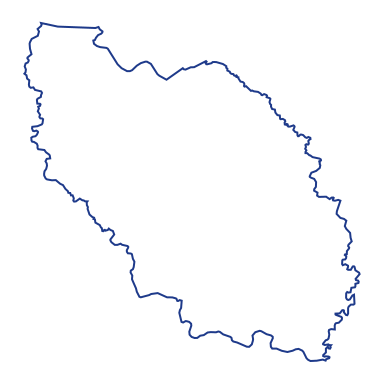 Macate, Manica, Mozambique
{"feature_id": "85939544B829507062217", "entity_name": "Macate", "entity_type": "district", "adm_level": 2, "iso_a3": "MOZ", "parent_name": "Mozambique", "parent_adm1": "Manica", "projection": "mercator", "projection_center": [33.549, -19.369], "detail": "fine", "context": "isolated", "style": "outline", "palette": "blue", "viewbox_px": 384, "rotation_deg": 0, "n_neighbors": 0, "source": "geoboundaries", "source_scale": "gbopen_adm2", "svg_char_len": 5889}
<svg xmlns="http://www.w3.org/2000/svg" viewBox="0 0 384 384"><path d="M331.0,345.2L329.2,345.1L328.4,344.4L324.8,345.0L323.1,344.3L323.1,343.6L325.7,340.3L327.4,339.7L328.5,338.6L329.3,334.7L328.7,331.2L329.1,329.9L331.2,329.1L334.8,329.5L334.7,325.5L335.3,323.8L336.0,323.2L338.8,322.7L341.8,319.7L342.0,317.9L341.4,316.9L336.0,314.9L335.5,314.5L335.5,313.6L339.7,313.4L342.3,310.2L343.6,310.2L344.0,310.8L343.9,312.3L346.1,315.0L347.3,315.2L348.1,313.6L348.1,308.1L348.7,306.6L350.9,304.6L353.6,304.6L354.5,303.8L354.0,294.7L352.4,295.5L349.9,299.4L348.2,300.0L346.9,299.3L346.1,297.8L346.2,293.3L347.2,292.0L348.5,292.6L350.5,292.3L351.4,287.8L354.9,287.3L355.4,286.4L355.4,283.8L358.4,283.0L358.7,281.7L358.1,280.6L356.0,280.1L355.6,278.9L359.6,274.1L359.1,272.7L355.4,270.3L354.5,266.8L353.9,266.3L352.7,266.5L350.8,269.8L348.1,269.8L347.2,269.2L348.1,266.8L348.0,265.7L345.3,264.2L342.8,265.2L342.1,264.1L342.3,260.3L342.8,259.7L345.2,259.4L346.1,258.1L346.3,256.3L344.8,255.0L345.1,254.4L346.8,254.1L346.9,251.1L349.0,248.5L349.2,247.6L348.1,246.0L348.5,244.7L351.7,241.4L350.6,237.8L350.1,232.9L346.3,228.9L344.8,226.1L346.3,220.7L344.0,218.9L340.4,217.9L336.6,213.9L336.9,211.2L340.4,200.7L338.2,199.9L335.0,200.7L333.1,200.4L332.8,199.6L333.7,197.9L333.2,197.5L331.6,197.6L329.6,199.1L326.1,196.7L319.0,196.9L317.1,195.6L317.5,192.6L314.1,190.7L314.2,189.2L315.9,186.9L316.1,182.1L314.2,178.9L311.0,177.7L309.8,176.9L309.7,176.3L311.4,172.7L316.2,170.9L319.8,167.9L320.3,165.2L319.6,163.9L319.9,163.0L319.2,161.7L319.3,161.2L320.5,160.9L321.0,160.3L320.8,159.4L319.5,158.6L312.5,157.1L310.3,155.4L309.4,155.3L307.2,153.2L305.5,153.1L305.5,151.9L306.4,150.3L305.2,148.8L306.0,147.0L305.4,145.0L306.3,144.2L308.1,144.6L308.5,144.3L308.8,143.4L308.3,141.0L309.2,139.8L310.5,139.1L310.3,137.8L308.3,137.0L306.8,137.9L305.3,137.3L303.2,135.1L301.5,134.6L300.4,134.6L298.7,136.2L298.0,136.2L297.5,135.4L297.3,132.5L295.2,132.0L293.3,129.9L294.6,126.8L294.3,126.0L293.5,125.4L289.9,126.6L288.3,126.6L287.3,125.5L287.8,125.1L287.6,124.3L286.7,123.9L285.4,124.7L284.8,124.5L284.6,122.6L285.3,121.2L284.9,120.1L282.8,118.9L280.7,119.2L280.1,118.8L279.8,115.5L277.4,115.1L275.4,112.6L274.9,109.6L272.1,109.0L271.0,106.6L271.1,104.9L270.1,103.9L269.5,102.1L270.4,98.9L269.8,98.2L266.6,97.2L267.0,95.7L266.5,95.0L264.1,94.1L262.2,95.2L261.5,95.0L260.7,93.6L258.1,91.9L253.8,91.3L252.1,90.5L251.0,90.9L246.1,86.2L244.5,86.6L244.0,86.0L244.4,84.1L243.9,82.9L242.7,82.0L240.5,81.6L238.4,78.3L238.4,77.3L236.6,77.0L236.9,76.0L236.5,75.4L235.2,75.9L234.0,75.4L233.4,74.1L231.3,73.8L230.2,72.9L229.8,71.7L227.3,70.5L227.4,68.7L226.2,67.7L226.3,66.2L222.9,64.0L216.3,62.1L214.1,62.0L212.6,62.1L211.5,63.2L207.1,64.3L206.3,64.2L205.6,63.1L206.6,61.7L206.0,61.1L194.1,67.2L190.7,67.3L185.5,69.6L183.6,69.2L182.8,68.2L166.5,79.7L159.3,75.7L157.4,74.1L150.9,63.9L147.0,61.7L145.2,61.7L140.9,63.1L136.8,65.7L132.1,70.2L130.0,71.1L127.0,71.1L121.6,68.2L117.6,64.3L107.8,48.7L106.5,47.9L100.1,47.1L96.9,46.0L94.0,43.8L93.3,40.5L94.9,40.0L96.0,37.7L98.1,35.1L101.2,33.7L102.3,32.5L102.5,31.4L99.8,29.4L98.5,27.0L95.4,28.0L57.8,26.6L41.0,23.0L41.6,24.6L41.1,26.0L37.6,29.0L39.0,31.5L37.8,35.8L31.7,38.9L30.0,42.2L29.6,43.7L30.0,48.8L31.5,54.2L27.5,57.5L27.4,58.4L28.6,60.0L28.7,60.8L27.8,62.5L25.6,63.5L24.7,66.4L25.9,69.5L25.5,72.3L24.4,73.7L26.5,75.3L27.1,78.6L29.3,80.3L28.9,84.6L29.3,86.6L30.7,87.8L33.4,87.4L35.0,89.9L41.2,91.4L42.0,92.9L41.0,95.2L40.9,96.9L37.5,98.8L36.9,99.9L37.3,103.6L40.0,103.8L40.5,104.3L40.1,105.8L38.2,106.7L38.9,108.5L37.8,111.3L40.1,114.8L39.4,116.6L39.5,117.3L40.4,118.4L42.3,118.5L43.1,119.2L42.5,123.3L41.8,124.4L37.5,126.2L32.3,126.8L32.0,128.4L33.0,130.9L34.2,131.2L36.4,130.6L37.9,131.6L38.0,132.3L36.9,134.7L35.5,136.2L32.6,136.8L31.3,137.7L31.5,140.5L32.2,141.7L33.9,141.9L36.8,143.7L37.6,145.6L37.5,147.9L38.2,149.2L44.4,150.0L46.0,152.3L49.3,154.7L49.8,155.7L50.2,158.4L46.7,158.9L45.5,161.3L46.7,163.4L47.0,165.7L46.2,168.9L44.5,171.3L44.1,173.9L44.2,175.6L45.7,178.5L47.0,179.4L52.0,180.3L55.8,180.1L60.2,183.8L63.0,185.1L65.4,188.9L67.9,191.2L68.3,192.8L70.2,193.0L71.0,195.4L72.6,195.3L73.8,198.3L73.3,200.6L74.1,201.6L75.9,201.4L79.8,198.6L82.4,200.3L83.7,200.4L85.0,201.3L87.4,201.4L86.7,202.4L86.9,205.2L87.9,207.1L87.6,208.9L89.5,214.5L92.3,217.0L94.0,217.7L93.5,219.0L94.9,219.4L95.4,222.6L99.8,225.1L100.9,227.4L101.8,228.1L102.3,231.0L103.2,231.2L104.3,229.9L104.9,229.9L105.3,230.7L107.8,230.0L108.8,228.6L110.3,229.9L112.9,231.0L114.2,234.5L110.4,239.5L110.4,240.4L111.4,242.2L114.8,244.9L117.3,244.9L120.6,243.7L122.1,244.8L127.4,246.0L128.2,246.6L128.2,247.6L126.8,250.2L126.9,251.8L127.9,253.3L130.8,253.5L131.9,254.2L132.9,258.8L134.4,261.7L133.7,267.1L132.9,269.2L130.8,270.6L130.6,272.5L132.3,275.6L132.0,279.2L132.4,280.2L136.0,288.4L136.8,291.7L139.4,296.8L140.8,297.3L149.1,295.1L151.2,294.0L157.7,293.1L167.0,297.3L172.3,297.4L175.6,298.3L176.4,298.7L177.3,300.9L178.1,301.0L179.7,300.1L181.7,300.7L181.1,308.0L179.9,310.1L179.3,312.8L181.5,321.9L183.1,322.5L185.6,321.1L186.7,321.2L189.2,321.9L191.1,323.7L191.3,325.7L189.3,331.7L189.6,334.7L191.6,336.9L194.6,338.0L197.3,337.9L200.2,335.7L203.8,335.1L207.6,332.5L210.7,332.1L216.0,332.3L218.3,331.5L219.9,331.9L223.2,334.4L230.4,336.9L231.5,337.9L231.9,340.2L233.3,341.5L237.1,342.5L246.8,346.7L249.2,346.8L251.8,344.4L252.8,341.0L253.1,339.2L252.5,335.5L255.3,332.2L259.7,330.8L261.3,331.2L266.6,334.2L271.0,335.4L272.7,336.7L272.8,338.2L270.6,343.1L270.9,346.8L272.2,348.6L276.6,348.6L281.8,350.8L287.4,352.0L292.7,350.7L295.7,349.3L298.6,348.9L302.2,350.6L303.4,351.9L306.5,358.2L308.1,359.8L310.5,361.0L316.8,360.7L322.8,359.6L325.6,360.6L326.2,359.2L329.2,358.2L329.5,357.2L328.7,356.6L325.8,356.3L324.7,356.7L323.2,356.1L323.2,355.1L325.9,352.5L325.9,348.6L327.8,346.6L328.6,348.4L330.0,348.7L330.7,347.5L330.2,346.1L331.0,345.2Z" fill="none" stroke="#1e3a8a" stroke-width="2"/></svg>